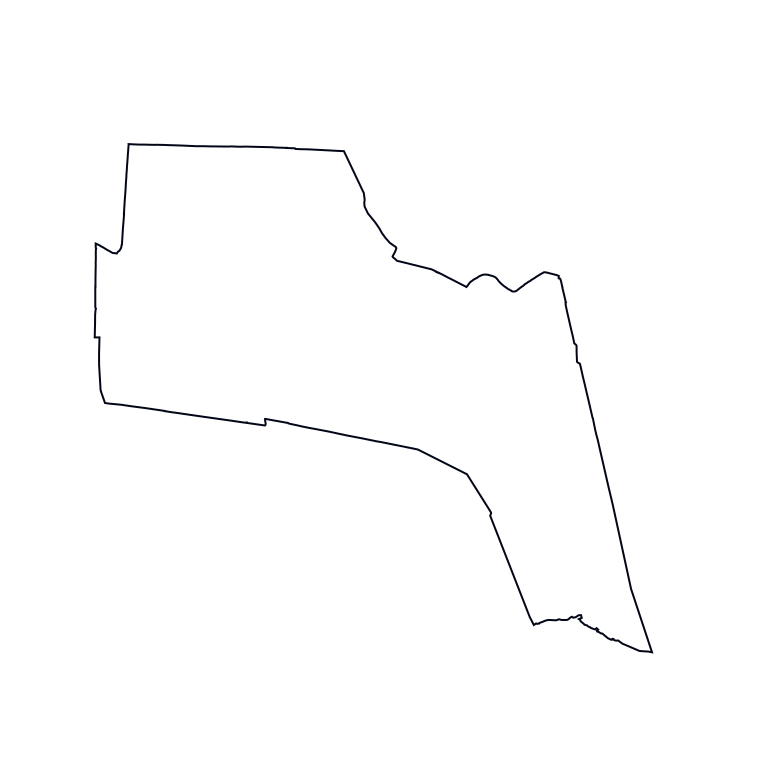 the district of General Escobedo, Nuevo León, Mexico, rotated 189°
{"feature_id": "50627088B66612290562177", "entity_name": "General Escobedo", "entity_type": "district", "adm_level": 2, "iso_a3": "MEX", "parent_name": "Mexico", "parent_adm1": "Nuevo León", "projection": "mercator", "projection_center": [-100.353, 25.83], "detail": "fine", "context": "isolated", "style": "outline", "palette": "ink", "viewbox_px": 768, "rotation_deg": 189, "n_neighbors": 0, "source": "geoboundaries", "source_scale": "gbopen_adm2", "svg_char_len": 6088}
<svg xmlns="http://www.w3.org/2000/svg" viewBox="0 0 768 768"><g transform="rotate(189 384 384)"><path d="M77.3,160.9L107.9,220.2L139.4,301.1L146.5,318.3L162.1,357.1L162.3,357.7L164.3,362.6L166.4,367.3L168.6,372.7L172.0,381.9L172.0,382.0L172.1,382.4L172.3,382.7L172.5,382.8L173.0,383.9L181.2,404.1L181.6,405.0L185.9,415.6L188.7,422.3L192.5,431.9L193.6,434.5L193.8,434.7L194.0,434.8L196.2,435.6L196.5,435.8L196.7,436.1L196.9,436.4L198.2,442.9L198.7,445.3L199.6,450.8L199.8,452.0L200.1,452.4L200.7,452.9L202.1,453.7L202.4,453.9L202.6,454.4L205.0,460.7L207.9,467.7L214.5,484.1L217.0,490.6L217.0,491.1L217.5,493.0L217.1,493.2L217.6,494.2L218.5,496.3L220.2,500.6L222.0,504.8L223.3,508.2L223.2,508.2L223.7,509.4L225.6,514.1L225.9,514.6L226.7,515.7L228.0,515.7L228.3,518.1L230.0,518.4L230.7,518.7L231.0,518.7L231.9,518.7L232.3,518.7L234.5,519.0L236.3,519.1L239.4,519.4L239.8,519.5L241.2,519.5L241.6,519.6L242.5,519.5L243.4,519.4L243.7,519.2L244.4,518.6L244.8,518.3L245.1,518.1L245.5,517.8L245.8,517.6L246.5,517.0L246.9,516.7L247.2,516.4L247.5,516.1L247.8,515.8L248.2,515.5L248.9,515.0L249.2,514.7L249.5,514.4L249.9,514.1L250.2,513.9L251.1,512.9L251.8,512.3L253.4,510.9L254.3,510.2L254.6,509.9L254.9,509.6L255.1,509.4L255.4,509.1L255.7,508.7L256.0,508.4L256.8,507.9L257.1,507.7L257.4,507.4L257.8,507.1L258.1,506.7L259.0,505.8L259.7,505.2L260.1,505.0L260.4,504.7L260.7,504.4L261.2,503.6L261.8,502.9L262.0,502.6L263.1,501.7L264.3,500.5L264.9,499.8L265.5,499.1L266.1,498.5L266.4,498.2L267.0,497.6L267.3,497.2L267.6,496.9L268.0,496.6L268.3,496.4L268.7,496.1L269.5,495.8L269.9,495.7L270.8,495.5L272.0,495.6L272.4,495.7L272.7,496.0L273.1,496.1L273.9,496.4L274.7,496.8L275.5,496.9L276.0,497.0L276.3,497.2L276.7,497.5L277.5,497.9L278.3,498.2L279.4,498.9L279.9,499.0L280.7,499.4L281.0,499.6L283.3,501.0L283.7,501.2L284.4,501.8L285.1,502.2L285.5,502.5L286.2,503.1L286.5,503.3L286.9,503.6L287.2,503.9L287.5,504.3L287.8,504.6L289.1,505.7L289.8,506.3L290.2,506.5L290.6,506.8L291.8,507.2L292.7,507.4L293.1,507.5L293.5,507.6L294.0,507.7L294.4,507.7L295.7,507.8L297.1,508.0L298.4,508.1L298.8,508.1L299.7,508.1L300.1,508.1L301.0,507.9L301.9,507.8L302.3,507.7L302.7,507.6L304.0,507.1L304.3,506.8L305.1,506.4L305.8,505.9L306.2,505.7L306.7,505.4L307.6,504.5L308.2,503.9L308.5,503.6L308.9,503.3L310.6,502.0L311.0,501.8L312.0,500.9L312.9,499.9L313.2,499.6L313.9,499.0L314.8,498.0L315.0,497.7L315.9,496.1L316.3,495.3L316.8,494.2L317.3,493.6L317.7,492.7L326.8,495.7L329.8,496.7L331.6,497.3L336.7,498.9L340.5,500.2L342.3,500.8L343.0,501.1L344.7,501.6L347.2,502.4L347.2,502.2L349.4,502.7L349.3,502.9L350.3,503.2L350.3,503.3L351.4,503.6L351.7,503.7L353.5,504.3L354.7,504.6L355.0,504.7L355.9,504.8L358.4,505.0L382.7,507.1L390.4,507.7L392.8,509.4L394.2,510.1L394.9,510.6L395.5,511.3L393.8,516.2L393.2,518.8L393.1,520.2L393.8,521.2L395.2,521.8L400.3,524.3L405.3,528.4L409.6,532.7L413.0,537.0L417.7,542.0L426.6,550.0L430.9,556.2L431.8,559.5L431.9,562.9L433.8,569.4L460.0,607.7L467.1,606.9L475.0,606.1L496.6,603.8L496.7,603.7L496.9,603.7L498.0,603.6L502.9,602.9L508.2,602.3L508.4,602.6L508.7,602.8L509.1,602.8L509.3,602.8L517.5,601.8L517.5,602.0L518.3,601.8L519.5,601.7L524.8,601.0L530.1,600.4L530.4,600.5L557.3,596.9L560.2,596.4L563.3,595.8L565.4,595.6L567.0,595.3L569.8,595.1L570.8,594.9L572.0,594.8L573.7,594.4L576.0,594.0L577.8,593.7L580.8,593.3L585.3,592.6L587.0,592.4L591.5,591.7L593.6,591.4L599.8,590.6L602.9,590.1L605.9,589.6L620.9,587.9L626.6,587.2L632.9,586.4L636.0,586.0L638.9,585.7L642.3,585.2L645.5,584.8L648.7,584.2L655.6,583.3L657.1,583.1L663.7,582.1L669.0,581.5L673.8,581.0L673.7,580.6L673.6,579.8L673.6,579.6L672.9,570.7L672.4,565.5L672.4,565.2L672.1,561.7L672.1,561.4L671.7,556.7L671.6,556.4L671.2,551.1L671.0,548.9L670.9,548.6L670.3,541.4L669.7,536.0L668.8,525.1L667.5,511.3L667.3,511.3L666.6,502.3L666.2,496.8L664.7,481.2L664.8,480.9L664.7,480.4L664.9,480.1L664.9,477.5L665.4,476.1L665.7,475.3L666.5,473.8L667.2,473.4L667.4,473.1L668.4,471.1L669.8,471.1L670.1,471.1L670.6,471.1L671.1,471.0L671.6,471.0L672.0,471.0L672.4,471.0L673.0,471.1L673.9,471.5L674.2,471.6L674.8,471.9L675.8,472.2L676.7,472.6L677.3,472.7L680.5,474.0L682.8,475.0L684.1,475.4L685.2,475.8L686.8,476.5L690.7,477.6L690.5,476.3L690.3,475.0L690.0,473.8L690.0,473.6L689.8,473.2L689.7,473.1L689.5,472.8L689.6,472.6L689.6,471.9L689.4,469.9L689.0,467.4L688.4,463.8L688.2,462.5L687.9,460.0L687.6,457.6L687.3,456.3L686.4,449.5L686.2,448.4L685.7,444.6L684.8,438.7L684.6,437.5L684.4,436.2L684.2,435.0L684.4,435.0L681.2,414.9L680.7,413.7L680.3,413.4L680.4,412.4L680.5,411.9L680.1,406.8L679.2,400.9L678.8,398.3L678.4,395.1L677.0,384.8L672.3,385.5L670.1,368.8L668.3,357.9L663.0,333.8L662.0,331.6L656.6,321.6L653.6,321.6L649.8,321.8L646.7,322.0L640.2,322.4L639.6,322.4L630.4,322.5L615.2,322.9L596.5,323.1L596.5,322.9L596.2,322.9L590.2,322.9L581.5,323.1L577.2,323.1L573.0,323.2L570.9,323.2L557.4,323.4L527.8,323.9L516.7,324.0L514.4,324.1L513.6,324.6L513.3,324.1L495.1,324.4L494.8,324.8L494.7,325.2L494.6,325.9L494.7,326.4L496.0,330.3L496.0,330.9L495.7,331.0L495.4,331.0L488.8,330.8L473.9,330.5L473.4,330.6L472.9,330.6L472.5,330.4L472.4,330.2L472.2,330.2L471.3,330.0L463.4,329.6L457.6,329.2L450.2,328.9L444.3,328.8L441.9,328.7L431.8,328.4L413.5,327.4L397.4,326.9L381.7,326.2L378.1,326.2L368.2,325.8L340.4,324.6L287.9,307.8L261.7,277.9L261.3,277.5L258.1,273.7L258.0,273.4L258.5,270.5L203.7,176.8L198.3,169.4L196.3,171.3L195.2,171.0L194.0,171.6L193.2,171.7L192.9,172.4L190.0,174.0L187.1,175.8L185.8,176.2L184.8,176.7L183.0,176.9L181.9,177.0L178.1,177.4L176.7,177.6L174.4,179.0L171.5,178.7L170.3,179.0L169.0,179.1L167.3,179.4L165.9,179.8L164.8,180.7L163.7,182.2L162.0,183.5L160.5,182.8L158.3,183.6L155.5,186.1L153.2,186.5L152.1,183.9L154.7,182.3L153.4,181.7L152.6,180.3L149.2,178.4L148.3,177.6L145.7,177.3L144.1,176.3L142.5,176.1L141.5,175.4L137.1,174.6L135.8,176.1L134.0,174.8L135.1,173.4L134.8,172.9L132.9,172.6L130.8,171.6L129.4,171.7L123.2,168.0L119.6,166.9L118.4,168.1L117.6,168.0L117.8,167.3L114.9,166.8L113.8,167.0L112.6,167.3L108.1,164.9L91.2,160.6L89.8,160.3L85.9,160.6L81.1,161.1L77.3,160.9Z" fill="none" stroke="#020617" stroke-width="2"/></g></svg>